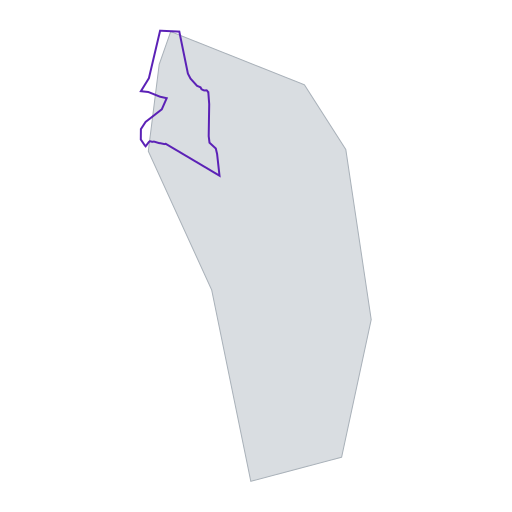 Saint John highlighted on a map of Dominica
{"feature_id": "DMA-1435", "entity_name": "Saint John", "entity_type": "Parish", "adm_level": 1, "iso_a3": "DMA", "parent_name": "Dominica", "parent_adm1": "", "projection": "robinson", "projection_center": [-61.45, 15.568], "detail": "fine", "context": "in_parent", "style": "outline", "palette": "violet", "viewbox_px": 512, "rotation_deg": 0, "n_neighbors": 0, "source": "natural_earth", "source_scale": "10m", "svg_char_len": 904}
<svg xmlns="http://www.w3.org/2000/svg" viewBox="0 0 512 512"><path d="M341.6,457.2L250.8,481.3L211.7,290.0L148.3,151.2L159.2,64.4L170.7,31.6L304.4,84.8L345.8,149.5L371.2,319.6L341.6,457.2Z" fill="#d9dde1" stroke="#a8b0b8" stroke-width="1"/><path d="M145.6,146.3L144.8,145.4L140.8,139.5L140.9,129.1L145.6,121.9L161.8,109.3L166.7,98.2L160.0,96.7L148.3,92.0L140.9,91.2L148.9,78.2L160.1,30.7L179.3,31.6L187.9,73.6L190.5,78.6L197.0,85.8L200.5,87.3L200.8,87.8L201.2,88.8L201.6,89.2L202.0,89.5L203.7,90.3L204.2,90.4L205.1,90.5L205.6,90.4L205.9,90.3L206.2,90.3L206.5,90.3L206.9,90.5L207.1,90.7L207.9,91.9L208.3,92.1L209.2,104.1L208.7,136.2L209.5,142.7L215.8,148.5L217.1,154.0L219.5,175.7L165.7,143.8L165.4,144.0L164.7,144.1L164.0,144.0L159.8,143.1L159.4,143.2L154.4,141.7L153.6,141.6L152.7,141.8L152.1,141.8L149.9,141.2L149.2,141.7L148.8,142.1L145.6,146.3Z" fill="none" stroke="#5b21b6" stroke-width="2"/></svg>